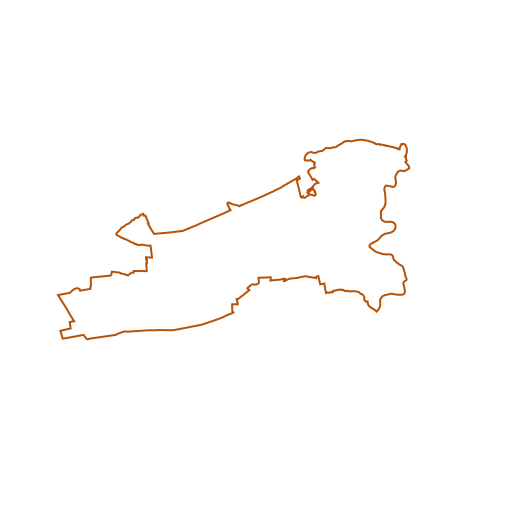 Darabani, Botosani, Romania (Albers equal-area conic projection), rotated 123°
{"feature_id": "2599482B62501591504482", "entity_name": "Darabani", "entity_type": "district", "adm_level": 2, "iso_a3": "ROU", "parent_name": "Romania", "parent_adm1": "Botosani", "projection": "albers", "projection_center": [26.601, 48.175], "detail": "fine", "context": "isolated", "style": "outline", "palette": "amber", "viewbox_px": 512, "rotation_deg": 123, "n_neighbors": 0, "source": "geoboundaries", "source_scale": "gbopen_adm2", "svg_char_len": 6080}
<svg xmlns="http://www.w3.org/2000/svg" viewBox="0 0 512 512"><g transform="rotate(123 256 256)"><path d="M416.3,357.1L417.7,353.5L417.8,352.5L417.6,352.0L415.3,349.8L398.6,330.7L396.6,329.6L394.6,328.2L394.2,327.7L393.2,327.2L390.7,325.0L390.3,323.9L388.1,320.7L378.6,308.1L375.9,304.3L373.7,300.7L371.3,297.6L364.0,286.0L362.1,283.7L343.6,264.5L332.7,255.8L325.9,250.7L322.4,248.7L317.2,245.0L315.7,244.2L315.1,245.8L314.8,246.2L309.5,249.7L307.1,246.1L307.0,245.4L306.5,245.0L306.0,245.2L302.7,248.8L301.8,247.5L288.2,243.0L288.0,244.6L287.7,245.7L282.6,244.3L281.6,243.4L281.0,242.4L280.6,241.3L279.2,239.8L278.4,239.3L277.1,239.0L276.1,239.4L272.9,242.1L267.7,234.6L266.5,233.1L265.9,231.9L268.7,230.4L268.2,230.0L262.6,222.8L259.8,220.1L259.4,219.3L260.2,219.0L262.6,219.1L257.5,216.1L256.0,214.6L252.1,209.7L247.1,204.8L245.4,202.2L244.9,200.5L242.2,194.8L241.8,193.6L241.3,193.9L240.3,194.1L238.9,192.8L244.8,186.7L241.9,183.8L249.0,177.1L247.6,176.3L247.5,175.6L247.0,174.5L245.4,173.7L245.0,173.0L244.9,172.0L244.6,172.0L243.6,172.3L242.9,172.1L242.4,171.6L242.4,171.2L239.7,168.8L238.6,167.5L238.5,166.9L238.0,166.6L238.0,166.2L237.7,165.8L237.6,165.3L237.1,164.9L236.9,164.3L237.1,163.8L236.9,163.3L237.1,162.8L236.8,161.9L236.5,161.4L235.8,161.1L235.3,160.3L235.0,159.5L235.1,158.8L234.5,157.7L233.8,157.3L233.6,156.5L232.4,155.1L231.9,154.2L230.7,151.6L230.3,150.1L230.7,147.6L230.2,146.3L230.7,144.3L231.1,143.3L231.7,142.6L232.4,142.0L233.3,141.7L234.1,140.7L234.4,139.8L234.2,138.7L233.6,138.3L233.3,137.6L234.9,136.5L235.7,135.4L236.6,133.2L236.7,132.0L236.6,129.9L236.6,126.5L236.8,125.2L237.0,124.6L234.5,124.2L232.7,124.2L231.5,124.4L229.2,125.2L224.9,128.2L223.1,128.2L220.7,127.9L219.2,127.0L214.4,122.6L213.8,121.6L211.7,116.8L209.4,113.0L208.3,111.8L206.8,111.2L205.1,111.5L202.5,113.5L198.5,117.8L197.3,118.0L194.5,116.8L194.0,116.8L193.5,117.0L192.7,117.8L191.3,120.2L190.0,121.2L186.6,124.9L185.6,126.2L185.1,127.2L184.8,128.2L185.0,131.5L184.8,134.2L184.0,138.5L181.8,141.0L181.3,142.0L181.2,142.5L181.3,143.6L181.7,144.7L183.7,147.6L185.3,150.7L187.1,157.3L187.2,159.5L186.5,165.7L185.7,166.4L184.6,166.5L182.9,166.1L177.4,163.0L175.8,162.4L171.4,161.8L169.0,160.9L167.0,159.8L164.3,157.0L162.2,155.2L160.1,154.3L157.9,154.1L155.8,154.7L154.8,155.3L154.0,156.0L153.2,157.6L153.2,158.1L153.2,159.3L153.3,160.4L153.8,161.4L156.9,166.1L157.3,167.8L157.2,170.0L156.1,171.9L150.9,175.3L149.8,175.6L145.9,175.1L143.6,175.3L142.0,175.8L139.6,177.1L133.7,181.4L131.7,183.4L129.5,185.1L127.8,185.5L126.2,185.4L125.2,183.4L123.7,179.3L123.1,178.3L122.1,177.7L120.5,177.6L118.4,178.4L117.5,179.1L115.5,181.0L113.8,182.3L111.6,182.8L108.8,182.9L107.1,182.5L105.4,181.1L104.4,178.4L103.2,177.2L99.0,175.2L97.8,176.3L97.0,177.4L97.0,178.1L95.7,182.0L94.0,181.5L91.2,185.3L90.9,185.2L90.8,184.5L89.8,185.2L87.2,185.8L85.9,186.6L84.0,187.9L82.7,189.3L81.7,190.6L81.5,191.3L81.4,192.3L81.5,193.1L82.0,193.9L83.0,194.9L83.4,194.4L84.4,195.0L84.8,194.7L86.1,194.6L88.4,193.7L89.0,195.3L88.5,195.6L89.5,198.1L89.6,198.9L90.9,202.6L91.4,203.1L91.5,204.1L92.0,205.6L92.3,206.2L92.9,206.8L92.9,207.0L92.6,207.1L94.5,212.1L95.0,212.3L94.7,212.7L94.7,212.9L96.5,215.6L96.6,216.5L96.9,216.9L96.7,217.8L97.0,218.5L96.9,219.0L97.0,219.5L97.7,222.1L98.3,224.8L101.5,231.7L105.3,236.0L107.9,238.4L109.1,241.0L110.5,243.0L111.1,243.3L111.8,244.1L115.1,245.5L117.2,246.5L118.1,247.2L119.3,247.5L121.7,248.7L123.1,250.9L125.0,252.1L126.6,254.8L127.2,256.1L131.2,257.4L132.1,257.9L132.9,259.0L134.6,260.8L136.1,261.4L137.0,262.1L138.4,264.6L138.7,266.4L140.0,267.7L141.6,268.7L144.2,269.3L147.7,268.4L149.0,267.2L148.3,265.5L146.9,263.2L145.6,262.7L145.7,262.1L145.8,262.2L146.0,260.8L145.9,259.8L145.5,258.3L145.6,257.7L146.2,257.1L146.9,257.3L147.8,256.9L149.2,255.6L149.5,254.7L150.9,255.3L151.5,256.2L151.5,256.8L153.4,257.9L155.2,258.3L156.8,258.3L157.3,258.1L161.3,249.9L159.7,249.2L160.6,243.6L162.1,244.8L163.5,245.7L169.3,246.6L171.9,248.2L172.5,248.2L174.7,247.7L174.8,247.6L174.5,247.4L175.1,245.9L174.7,245.5L173.8,246.7L172.3,246.6L172.1,246.6L172.2,246.2L170.1,245.1L168.4,244.6L169.9,242.1L169.6,241.9L170.2,241.2L170.4,241.4L171.3,239.8L171.5,239.9L172.2,239.4L173.5,239.6L173.7,240.5L175.0,244.4L180.7,246.9L181.7,249.1L181.7,249.3L181.1,249.4L182.2,249.9L182.3,250.3L170.4,263.0L167.3,261.3L165.8,263.1L167.8,264.1L169.6,264.5L171.5,265.7L177.4,268.6L178.1,269.2L178.9,269.3L181.2,270.7L184.4,272.0L188.8,274.6L189.7,275.4L190.8,275.7L204.9,284.7L220.8,295.5L221.3,295.8L221.3,296.1L223.3,296.9L223.2,297.6L223.5,298.6L225.5,304.3L225.8,306.0L225.9,307.8L226.4,308.5L227.4,308.8L228.7,306.9L228.8,307.0L229.6,305.8L231.1,303.5L230.8,303.3L231.5,302.3L239.0,307.1L259.0,320.5L262.1,322.3L274.9,331.2L283.4,341.3L293.0,353.6L290.7,358.6L287.8,364.1L287.2,363.7L283.2,369.4L283.0,370.0L282.6,370.2L282.8,371.6L283.2,372.2L282.4,372.6L282.1,373.2L282.0,373.7L282.5,373.8L283.8,374.7L284.2,375.3L285.8,375.1L287.4,375.9L288.1,375.8L288.4,376.0L288.9,377.0L289.9,378.0L291.1,378.2L292.0,377.9L293.1,379.2L297.7,380.1L300.5,382.1L303.5,382.9L305.2,384.0L306.3,384.3L308.0,384.3L312.5,385.3L313.3,385.3L313.9,385.0L314.2,384.5L314.2,383.8L314.2,382.9L313.9,380.9L313.9,378.6L313.6,378.0L313.5,376.5L313.6,376.1L313.1,375.7L312.4,369.4L312.4,368.0L311.7,366.1L311.8,365.0L311.7,364.5L311.9,364.0L311.5,363.8L311.2,362.3L311.1,361.1L309.8,359.1L309.0,358.4L308.0,356.8L307.6,355.4L307.1,354.5L307.1,354.0L304.8,350.0L314.0,342.3L317.0,347.6L318.8,346.3L318.4,345.7L319.3,344.9L321.1,343.7L321.2,343.9L321.7,343.6L322.0,344.0L328.2,339.4L335.1,350.3L336.7,349.6L337.0,350.6L338.0,351.4L342.0,352.8L342.7,354.9L342.7,355.9L344.1,359.3L344.2,360.1L344.0,360.4L344.5,362.1L345.4,363.6L346.3,365.8L347.7,368.3L350.8,367.0L352.3,368.0L361.7,379.9L364.2,382.7L371.5,377.9L372.4,378.0L373.8,377.0L380.9,384.7L379.9,385.7L379.8,386.4L380.2,387.9L380.8,389.0L383.3,390.7L388.3,392.1L396.6,400.8L403.4,386.0L405.7,381.7L409.8,373.0L412.8,376.3L417.7,372.0L425.3,379.3L430.6,373.1L426.3,368.4L416.3,357.9L416.2,357.7L416.3,357.1Z" fill="none" stroke="#b45309" stroke-width="2"/></g></svg>